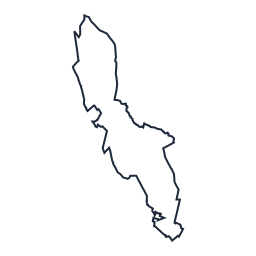 San Buenaventura, Coahuila, Mexico
{"feature_id": "50627088B12868426200060", "entity_name": "San Buenaventura", "entity_type": "district", "adm_level": 2, "iso_a3": "MEX", "parent_name": "Mexico", "parent_adm1": "Coahuila", "projection": "equal_earth", "projection_center": [-101.864, 27.841], "detail": "fine", "context": "isolated", "style": "outline", "palette": "slate", "viewbox_px": 256, "rotation_deg": 0, "n_neighbors": 0, "source": "geoboundaries", "source_scale": "gbopen_adm2", "svg_char_len": 5107}
<svg xmlns="http://www.w3.org/2000/svg" viewBox="0 0 256 256"><path d="M173.9,142.5L173.4,141.4L173.7,140.2L174.0,138.4L172.0,136.4L168.4,135.5L168.3,134.8L168.6,133.8L167.9,133.5L167.6,132.6L165.4,133.5L164.1,132.6L163.8,131.6L162.8,131.3L161.5,129.6L161.2,129.5L158.2,129.0L157.2,128.9L156.4,128.3L155.7,127.9L154.7,127.6L153.9,127.3L153.4,127.5L152.5,127.2L151.9,127.1L151.3,127.2L150.7,127.0L149.8,126.1L149.4,126.2L149.0,125.9L148.6,125.4L148.3,125.2L148.2,125.2L146.7,124.8L146.2,124.7L145.5,124.3L145.4,124.2L144.8,123.5L144.3,123.4L144.0,123.5L144.0,123.9L144.0,124.0L143.2,127.4L143.0,127.2L142.7,127.0L142.4,127.0L142.0,126.6L141.7,126.8L141.4,126.6L140.7,127.0L140.0,126.8L139.7,126.7L138.9,126.6L137.9,125.2L137.4,125.1L137.1,124.9L136.7,124.9L135.8,124.2L135.7,123.7L135.2,123.4L134.7,123.4L134.5,123.1L134.1,123.0L134.1,122.9L133.9,122.4L133.2,121.2L132.9,120.9L132.7,120.4L132.5,119.9L132.5,118.9L132.0,118.5L131.4,118.2L130.8,116.5L130.5,116.4L130.2,116.5L130.0,115.8L129.7,115.7L129.4,115.3L129.1,113.9L128.7,112.9L128.2,112.7L128.1,112.4L127.7,112.3L127.2,111.4L126.4,110.9L126.5,110.2L126.6,109.9L126.4,109.2L126.5,108.5L126.9,107.8L127.2,107.2L127.4,107.2L127.4,106.5L127.1,106.1L126.8,105.7L126.4,105.6L126.1,105.7L125.8,105.2L125.7,104.9L125.6,104.5L125.8,103.7L125.2,103.6L123.2,104.1L121.4,103.6L120.7,102.2L120.1,100.9L117.7,100.2L114.5,99.8L116.6,89.5L116.6,88.9L117.1,84.5L117.1,82.5L116.7,79.8L116.3,76.1L115.9,74.8L115.8,74.4L115.9,72.3L115.9,72.1L116.0,71.6L116.0,70.6L116.2,69.7L116.1,69.0L116.3,68.3L116.4,67.5L116.2,66.7L116.3,65.6L116.4,64.0L116.3,62.3L115.5,61.3L115.1,60.9L116.0,57.1L115.6,53.4L115.3,48.2L115.2,46.3L114.3,43.5L112.1,40.5L110.1,38.1L106.9,33.6L103.3,31.9L99.7,30.3L96.4,26.8L93.0,23.2L91.4,21.7L89.2,17.8L88.7,17.0L86.7,16.5L84.4,15.4L84.3,19.6L82.2,22.8L80.1,26.1L80.1,28.5L80.2,32.5L80.2,34.4L78.8,37.1L76.5,34.1L74.3,31.2L74.7,33.5L75.3,38.1L75.5,39.4L76.6,46.8L77.1,50.0L77.5,53.2L77.8,56.0L78.2,58.8L78.6,60.5L78.6,60.9L78.0,61.1L72.9,66.7L73.3,68.2L74.0,69.9L75.1,72.1L76.5,74.7L77.8,77.2L77.8,77.3L78.1,78.2L78.1,78.6L78.2,78.9L78.5,79.5L78.7,80.3L78.7,80.7L79.0,81.2L79.4,81.9L79.6,82.8L79.7,83.6L80.0,84.3L80.5,85.0L80.8,85.8L81.1,86.1L81.0,86.8L81.1,87.1L82.1,90.5L84.2,99.5L83.9,104.0L85.1,106.2L85.4,106.7L85.4,106.8L85.5,106.9L85.5,107.0L85.6,107.3L85.9,107.5L86.1,107.6L85.9,108.1L86.2,108.8L86.4,109.1L86.7,109.4L86.7,109.8L86.9,110.1L87.3,110.6L87.6,111.0L89.3,109.5L91.0,108.0L93.1,106.2L93.8,105.6L94.3,105.5L94.8,106.1L97.3,110.0L98.5,109.2L99.4,110.5L101.1,113.2L97.6,119.5L97.0,119.8L97.1,120.2L95.9,120.8L94.8,121.5L92.4,121.5L92.6,121.8L94.1,123.6L94.6,124.5L94.7,124.9L95.2,125.7L95.3,126.2L96.0,126.8L96.5,127.0L97.0,127.2L97.9,124.7L100.7,126.8L101.3,126.7L102.5,126.4L107.0,131.0L105.1,138.5L102.7,148.1L104.4,152.9L109.1,147.7L110.4,151.3L110.4,152.3L110.7,152.9L110.9,154.6L111.2,155.8L111.5,157.3L111.6,158.1L111.8,158.9L112.1,159.7L112.1,160.3L112.4,160.9L113.1,162.9L113.1,163.3L113.8,165.1L114.5,166.1L115.9,168.6L116.0,169.1L116.4,169.6L116.8,170.5L117.2,171.4L118.0,172.5L118.8,173.1L119.6,173.6L120.6,174.3L121.4,175.3L122.0,176.0L123.0,177.3L123.3,177.5L127.8,178.8L129.4,177.7L130.3,175.8L130.8,175.8L136.2,175.7L136.5,176.2L138.1,179.3L139.1,181.4L139.8,182.3L141.8,186.5L144.4,191.0L146.9,196.0L146.8,201.5L146.6,201.5L147.1,204.0L147.3,204.9L148.1,204.9L148.5,206.0L149.2,206.4L152.8,208.5L152.2,210.9L153.8,213.2L154.3,214.0L154.7,214.6L154.7,215.2L154.7,215.3L155.6,213.9L155.4,213.4L155.0,212.6L155.1,211.9L155.3,211.9L155.5,211.8L155.8,212.0L157.1,212.7L159.7,214.2L159.8,214.0L160.0,213.4L160.8,213.8L159.8,216.0L164.1,217.9L158.1,220.2L158.5,219.3L154.7,218.3L153.4,217.9L152.8,220.9L152.8,221.3L153.2,221.5L154.0,221.7L154.5,221.8L154.4,223.0L154.5,223.0L154.1,226.1L154.4,226.1L154.6,226.0L154.9,226.2L155.1,226.4L157.5,228.6L162.3,233.0L162.9,233.5L163.2,233.8L163.5,234.0L163.9,234.4L164.2,234.6L164.9,235.1L165.2,235.0L165.6,235.6L165.6,236.2L165.9,236.6L166.3,236.2L166.5,236.8L166.7,236.7L167.2,236.6L167.8,236.6L168.0,236.5L168.5,236.4L168.9,236.2L169.0,236.3L169.0,236.5L169.3,236.7L169.3,236.8L169.6,237.2L169.8,237.4L169.9,237.5L170.2,237.6L170.4,237.8L171.1,239.1L171.3,239.3L171.7,239.9L172.1,240.6L172.9,240.0L173.1,239.8L174.4,238.7L176.0,237.4L177.9,235.8L178.1,236.0L178.9,236.7L179.0,236.5L179.7,235.2L180.7,233.4L181.3,232.4L181.8,231.4L181.9,231.1L182.2,230.7L182.4,230.2L182.6,229.8L182.9,229.4L183.1,228.9L181.2,228.2L181.0,227.3L180.7,225.8L180.6,225.2L179.9,224.5L178.5,223.8L178.2,223.7L177.6,223.4L176.6,223.0L176.5,222.9L176.4,222.9L175.9,223.0L175.5,223.3L175.4,223.1L175.2,223.0L175.0,222.9L174.9,222.9L174.8,223.0L174.5,222.8L174.6,222.1L174.7,221.7L175.9,216.5L176.7,213.5L177.9,208.0L178.5,205.6L178.8,204.4L179.9,199.6L178.3,199.5L176.5,199.5L178.6,189.7L175.2,183.4L174.5,181.9L174.3,178.1L174.1,175.2L174.0,174.3L173.7,173.4L173.1,172.2L172.2,170.3L171.9,169.4L170.9,168.2L169.7,165.7L168.8,164.3L167.9,162.6L166.7,160.2L166.3,159.5L164.8,156.2L164.8,155.3L164.5,153.6L164.1,151.7L163.2,148.3L167.4,146.1L173.9,142.5Z" fill="none" stroke="#1e293b" stroke-width="2"/></svg>